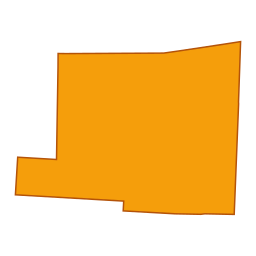 the district of Knox, Ohio, United States of America
{"feature_id": "52423323B4232054148696", "entity_name": "Knox", "entity_type": "district", "adm_level": 2, "iso_a3": "USA", "parent_name": "United States of America", "parent_adm1": "Ohio", "projection": "equal_earth", "projection_center": [-82.438, 40.406], "detail": "fine", "context": "isolated", "style": "filled", "palette": "amber", "viewbox_px": 256, "rotation_deg": 0, "n_neighbors": 0, "source": "geoboundaries", "source_scale": "gbopen_adm2", "svg_char_len": 346}
<svg xmlns="http://www.w3.org/2000/svg" viewBox="0 0 256 256"><path d="M17.7,157.2L15.4,194.8L123.7,201.1L123.2,210.9L174.9,213.8L200.7,214.3L204.9,213.8L234.2,214.4L238.6,103.8L238.5,102.0L240.6,41.6L224.5,44.1L178.5,51.0L163.6,53.1L65.6,53.6L58.1,53.5L58.0,68.0L56.5,159.5L17.7,157.2Z" fill="#f59e0b" stroke="#b45309" stroke-width="1.5"/></svg>